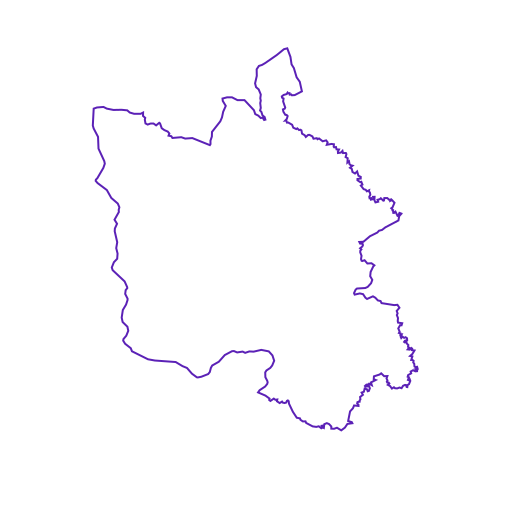 El Playón, Santander, Colombia (orthographic projection), rotated 254°
{"feature_id": "7082276B80237546514207", "entity_name": "El Playón", "entity_type": "district", "adm_level": 2, "iso_a3": "COL", "parent_name": "Colombia", "parent_adm1": "Santander", "projection": "orthographic", "projection_center": [-73.194, 7.522], "detail": "fine", "context": "isolated", "style": "outline", "palette": "violet", "viewbox_px": 512, "rotation_deg": 254, "n_neighbors": 0, "source": "geoboundaries", "source_scale": "gbopen_adm2", "svg_char_len": 6090}
<svg xmlns="http://www.w3.org/2000/svg" viewBox="0 0 512 512"><g transform="rotate(254 256 256)"><path d="M442.4,140.6L426.4,135.1L423.3,135.1L414.1,137.0L402.6,134.2L389.0,136.3L386.4,136.1L382.7,133.5L374.5,124.9L373.5,123.1L372.4,122.6L369.8,123.8L360.5,130.8L351.7,132.9L344.5,137.6L340.5,138.1L338.1,136.7L336.1,136.3L329.9,130.0L325.3,131.3L321.3,127.9L318.7,127.0L307.5,126.4L302.1,123.8L296.5,123.6L291.6,121.8L289.2,117.7L284.7,114.2L281.9,114.3L267.8,122.7L261.6,123.6L260.6,123.4L259.1,121.3L255.6,119.8L250.4,120.8L249.1,120.4L245.1,117.7L240.8,113.1L233.8,109.9L229.3,109.6L223.5,112.9L219.3,112.6L215.1,109.3L212.7,105.7L211.2,105.0L207.7,106.0L201.9,110.2L198.6,110.5L186.5,123.7L183.4,130.0L176.2,149.6L170.4,155.0L167.4,158.8L160.5,162.0L155.7,165.7L155.3,166.6L155.0,170.2L155.7,177.5L157.2,179.6L160.9,181.8L162.8,183.7L164.6,191.1L169.4,198.7L171.1,206.7L170.7,208.6L168.5,211.3L167.8,216.8L165.9,218.9L166.1,223.3L164.7,227.4L164.3,235.2L160.8,242.0L155.9,244.4L150.3,244.6L146.3,241.4L144.5,238.9L143.1,234.5L141.6,232.8L136.9,231.6L133.0,232.4L131.4,232.4L129.9,231.5L128.0,228.8L126.0,222.5L124.3,220.4L119.2,226.6L115.2,229.7L114.0,229.0L112.7,229.9L114.0,233.8L112.4,235.0L112.2,236.9L110.6,236.1L108.1,238.2L108.9,240.9L107.8,241.2L106.8,242.9L106.8,244.6L108.2,245.8L108.4,246.8L107.4,247.4L105.0,247.0L96.1,248.5L89.3,250.6L87.8,253.5L86.3,253.6L84.1,255.4L83.4,258.0L81.7,258.2L76.6,263.5L75.1,266.9L75.0,269.4L72.4,271.3L72.6,272.4L74.7,272.3L74.5,273.8L72.8,273.0L72.0,273.8L75.5,275.3L75.8,278.0L74.3,279.9L71.4,281.4L69.3,280.8L68.4,283.4L68.6,286.5L64.9,289.9L66.5,294.1L69.4,297.6L68.7,302.5L69.9,302.3L72.0,299.1L80.7,303.6L82.9,307.2L85.3,309.1L83.6,313.2L84.8,313.5L86.4,312.6L87.6,313.3L87.4,315.5L88.5,315.7L89.3,316.8L91.8,317.2L93.1,320.5L95.6,319.9L95.8,322.3L98.6,323.9L97.3,325.9L95.2,326.1L95.2,327.3L97.5,329.0L99.7,328.8L100.2,325.2L101.0,324.9L101.9,326.7L101.6,328.7L102.1,329.5L99.9,331.7L102.8,331.7L103.8,336.9L105.1,335.2L107.8,336.2L108.0,342.1L108.7,344.0L105.1,346.1L104.4,349.2L102.3,347.7L100.2,348.1L99.1,347.1L98.2,347.3L97.8,348.6L96.7,349.0L95.8,347.2L94.1,349.0L91.1,350.1L91.8,352.4L90.6,353.1L89.8,355.2L90.0,357.7L88.8,359.5L90.7,361.6L91.0,363.7L90.6,364.6L88.6,364.7L88.3,365.3L90.2,366.1L90.6,367.7L93.4,369.9L94.9,369.8L94.4,368.7L95.0,367.9L97.2,369.6L98.1,368.5L99.6,369.4L100.4,372.8L102.3,372.8L102.9,375.5L101.2,377.4L100.9,379.1L101.7,379.4L103.2,378.3L103.0,380.3L105.1,380.3L105.2,378.7L106.1,377.9L108.9,378.4L110.3,377.8L111.8,378.6L113.0,377.7L113.3,376.6L116.3,378.6L117.4,376.6L118.7,379.3L121.5,382.3L122.5,380.0L123.9,380.6L124.8,379.9L123.6,378.0L124.4,376.1L125.7,377.9L126.8,377.1L128.4,377.9L130.6,376.7L132.3,377.1L132.0,375.1L132.6,374.7L133.5,375.8L133.5,378.1L135.3,378.5L136.7,377.4L136.5,375.8L138.1,374.6L137.1,373.0L138.5,372.8L140.4,374.4L140.5,373.1L141.7,373.6L142.6,372.2L143.6,373.2L147.2,372.8L149.8,375.5L149.3,376.8L151.1,378.0L152.8,374.2L154.4,374.3L157.2,375.4L160.4,375.1L161.8,376.3L164.4,376.1L166.7,379.6L170.1,378.5L170.7,375.3L176.1,363.7L178.4,363.3L179.7,360.9L183.0,359.2L185.0,357.3L184.1,350.9L185.7,349.7L189.8,348.4L191.4,345.5L191.7,340.2L193.3,340.0L196.2,342.5L196.9,344.1L195.1,352.2L195.5,354.8L198.1,359.1L201.0,361.2L205.1,360.2L209.1,361.8L213.6,365.8L214.4,367.2L217.2,365.0L218.1,361.0L222.0,359.2L221.9,356.7L222.3,356.2L224.1,356.1L227.1,357.5L230.8,357.2L232.3,357.7L233.3,359.1L234.7,358.2L235.8,360.8L237.0,361.8L238.5,361.8L239.2,359.5L241.0,359.2L240.1,363.2L243.6,371.0L245.1,379.1L246.4,381.2L246.3,384.3L247.9,388.3L250.9,402.7L254.9,404.7L256.2,406.8L256.7,406.1L257.0,407.0L257.9,405.8L255.8,404.0L255.6,403.1L260.2,402.3L259.3,400.5L259.7,399.8L260.9,400.3L262.0,399.8L262.4,400.4L264.6,399.2L265.1,400.6L269.0,403.8L272.2,402.2L272.0,400.4L273.2,401.1L273.3,399.5L275.5,398.2L276.3,395.3L274.1,394.3L274.1,393.6L277.1,391.9L276.5,390.7L276.5,388.3L274.5,388.4L274.6,385.6L277.1,385.2L280.2,386.3L280.6,384.8L278.9,384.6L278.4,383.8L278.5,382.1L279.9,382.5L280.1,381.1L281.7,381.2L283.4,382.8L285.7,383.0L287.0,382.3L288.0,382.8L287.6,380.4L289.4,379.7L290.6,377.9L294.8,376.2L295.3,378.0L298.3,377.7L298.2,376.6L300.9,374.4L302.1,374.8L301.6,378.0L303.2,378.5L304.9,376.6L309.4,376.5L308.0,373.9L310.2,371.9L313.3,372.1L314.9,370.7L316.2,373.7L317.2,372.0L318.5,371.2L321.4,371.5L320.6,369.6L324.7,371.1L326.4,369.4L329.0,371.0L330.2,370.8L331.0,368.0L333.2,368.1L332.0,366.1L332.4,363.2L333.8,363.5L335.5,365.1L336.3,362.8L338.7,362.9L338.9,361.1L339.7,360.8L341.9,361.7L342.9,359.5L343.4,354.7L345.5,356.2L347.8,355.3L347.9,351.7L351.6,349.0L351.3,347.3L352.5,346.9L352.9,343.6L355.4,343.2L357.7,340.8L358.0,339.5L356.7,336.7L358.7,336.1L360.9,334.0L364.2,334.3L365.1,333.6L365.2,332.1L367.3,330.9L366.9,329.7L369.1,327.2L372.2,326.9L375.4,323.8L375.7,322.5L377.9,322.5L378.1,321.4L379.3,323.4L381.8,325.0L383.2,324.3L383.6,323.1L387.1,322.1L389.5,322.3L389.7,324.2L390.6,325.0L397.1,324.7L399.8,325.9L401.0,324.7L402.3,324.8L403.2,327.0L403.2,330.1L404.4,331.4L403.5,331.8L403.3,333.1L401.8,332.9L401.6,334.4L400.6,334.8L400.0,337.6L401.6,345.5L411.4,346.1L416.6,344.3L426.2,344.2L430.4,343.0L437.9,344.0L447.0,343.3L447.1,339.9L443.4,331.2L438.9,317.9L438.0,314.4L437.9,311.2L435.3,308.1L428.9,306.4L422.2,302.7L418.3,302.6L415.4,304.5L409.9,305.1L406.4,303.6L404.0,303.4L401.8,302.2L397.0,301.4L394.7,300.0L393.0,300.9L389.4,301.0L387.2,302.6L384.5,302.6L384.5,301.3L387.2,300.5L387.3,298.6L390.3,296.9L392.6,294.4L396.7,294.2L409.0,287.9L410.9,281.2L415.1,276.7L416.5,272.0L416.6,267.2L414.2,266.8L408.6,268.3L403.7,264.2L398.6,261.5L395.3,258.8L387.4,247.9L383.0,246.5L379.4,244.0L376.1,243.1L375.3,242.2L386.9,227.3L388.4,220.3L390.8,216.9L392.5,208.2L394.5,207.6L395.8,205.1L397.6,206.5L399.9,205.5L402.3,202.6L404.8,200.6L409.9,200.3L410.7,199.7L409.1,196.0L411.6,194.0L412.4,191.0L412.2,188.1L413.9,186.3L417.7,186.7L419.3,187.6L421.8,186.0L425.0,187.0L424.5,184.3L426.3,178.0L428.7,174.2L431.5,172.4L433.6,167.1L435.7,159.2L438.8,153.2L441.3,150.5L442.6,144.1L442.4,140.6Z" fill="none" stroke="#5b21b6" stroke-width="2"/></g></svg>